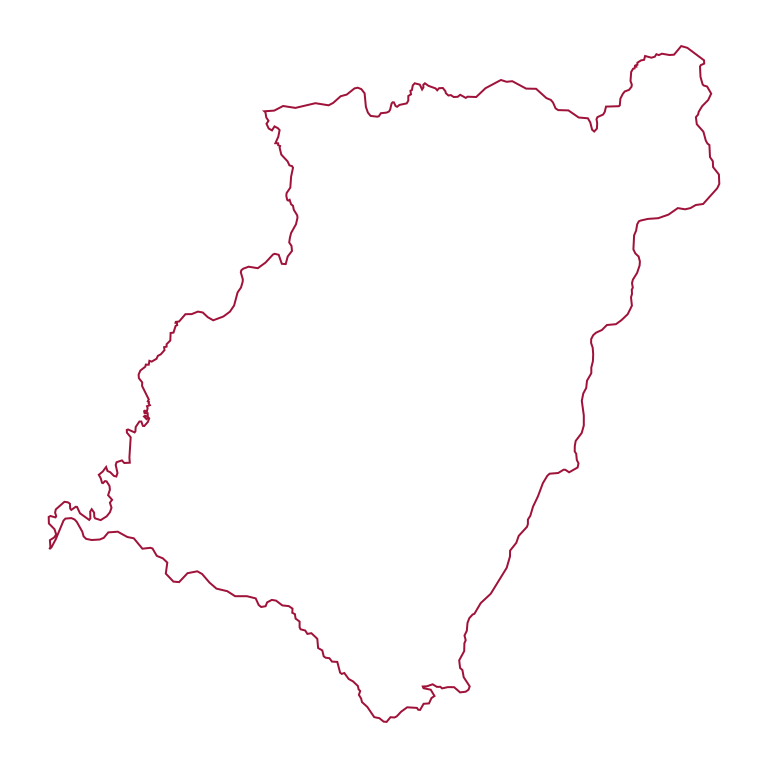 Nóvita, Chocó, Colombia
{"feature_id": "7082276B8825594364674", "entity_name": "Nóvita", "entity_type": "district", "adm_level": 2, "iso_a3": "COL", "parent_name": "Colombia", "parent_adm1": "Chocó", "projection": "natural_earth1", "projection_center": [-76.662, 4.842], "detail": "fine", "context": "isolated", "style": "outline", "palette": "rose", "viewbox_px": 768, "rotation_deg": 0, "n_neighbors": 0, "source": "geoboundaries", "source_scale": "gbopen_adm2", "svg_char_len": 6010}
<svg xmlns="http://www.w3.org/2000/svg" viewBox="0 0 768 768"><path d="M577.6,467.5L578.5,463.4L576.8,459.9L576.2,453.8L574.7,451.4L574.8,445.9L575.7,440.9L581.7,433.0L583.8,425.5L583.8,415.4L581.8,400.8L583.3,393.4L586.2,388.0L587.0,380.7L591.3,373.2L591.3,367.6L592.9,361.2L593.2,354.3L592.7,347.7L591.1,343.0L591.2,339.0L593.2,335.2L596.0,332.7L601.9,330.0L606.9,325.0L615.9,324.2L621.4,320.2L627.7,314.2L631.9,305.7L631.0,297.4L632.0,293.9L631.8,289.6L632.8,287.7L632.0,283.1L632.9,279.6L637.1,272.9L639.6,265.5L639.9,261.5L638.6,256.5L635.4,253.5L633.4,249.4L634.1,235.4L636.1,230.6L637.2,224.3L638.8,221.4L640.5,220.6L647.9,218.9L658.2,218.2L668.5,214.6L677.8,208.1L685.1,209.3L690.4,208.1L695.8,205.0L703.1,204.0L717.2,188.3L719.3,183.9L718.9,174.5L713.1,167.1L712.8,161.2L710.0,157.1L709.4,145.0L707.5,143.6L705.8,140.6L703.4,131.7L696.8,124.2L695.9,117.2L698.1,114.5L698.7,111.8L702.2,106.1L708.2,100.0L711.2,93.6L707.1,86.5L703.7,85.5L702.6,84.3L700.5,76.9L700.0,66.6L700.8,65.1L704.2,63.6L704.0,60.3L687.3,47.8L681.2,46.1L674.0,54.7L669.4,55.0L661.9,53.7L658.8,55.1L656.4,54.2L654.8,56.7L651.4,57.7L645.1,56.0L644.1,59.8L641.0,60.4L637.4,62.7L637.4,64.8L636.2,65.1L636.3,66.5L635.0,66.0L634.6,68.4L633.1,68.7L631.2,71.9L630.5,81.0L631.8,84.6L631.5,86.8L629.0,89.9L624.7,91.5L622.8,93.9L620.4,98.6L619.8,105.3L618.9,106.2L606.0,106.6L604.8,111.7L603.2,114.5L597.5,117.1L596.5,119.2L597.2,123.3L596.9,128.6L594.2,131.5L592.1,129.7L590.3,122.5L587.9,118.3L578.7,117.5L568.4,110.4L558.2,110.1L555.6,108.4L553.0,102.5L550.8,99.9L546.4,98.1L536.1,88.8L526.1,88.6L512.3,81.2L506.6,81.8L500.9,80.0L485.5,88.2L476.2,97.0L467.5,96.7L465.8,97.9L460.2,94.8L457.7,96.8L453.7,97.0L450.8,95.1L448.4,95.5L445.8,93.1L445.4,91.2L442.8,88.0L439.1,88.2L437.2,90.3L435.6,88.4L428.6,85.9L424.9,83.3L423.3,84.8L423.4,87.5L422.1,89.5L419.8,84.6L414.7,83.3L412.8,85.4L411.9,90.0L410.4,90.8L411.0,94.3L408.3,96.0L408.3,100.6L406.7,103.4L399.5,104.9L397.1,106.8L395.6,106.0L393.9,102.4L392.6,102.3L391.6,103.5L390.1,109.7L389.0,111.5L386.6,112.6L380.9,113.2L378.9,116.2L377.4,116.7L370.6,115.9L367.9,112.6L365.9,106.9L364.6,93.3L361.3,89.1L357.7,87.7L354.5,88.4L346.7,94.6L340.7,96.2L333.2,102.9L328.6,105.3L315.4,103.2L295.4,107.9L283.1,106.0L274.2,110.6L264.4,111.3L265.4,112.2L266.3,117.5L268.5,120.8L266.5,123.8L268.7,128.5L272.0,130.4L274.5,126.4L277.9,128.2L279.6,130.1L278.3,136.7L275.4,143.2L278.1,143.3L278.2,145.2L280.1,146.0L279.6,147.6L281.3,154.6L287.6,161.4L289.4,165.3L292.1,166.2L293.0,167.7L291.1,176.7L290.3,187.6L286.6,193.1L286.3,195.9L287.2,199.8L288.2,200.6L289.6,199.8L291.1,204.3L293.0,205.8L293.8,209.8L297.2,215.3L297.5,217.7L296.0,224.2L291.1,233.0L289.9,237.8L289.2,242.5L291.5,245.9L292.0,250.9L287.7,256.5L285.7,264.1L281.8,263.8L278.7,254.8L274.7,253.8L273.0,254.5L265.5,262.6L257.8,268.2L248.6,266.7L243.2,268.7L241.3,270.3L240.8,272.3L242.8,279.2L242.7,281.6L241.0,287.5L237.6,292.4L234.1,305.5L229.9,311.7L223.4,316.5L213.2,320.3L207.8,317.2L202.8,312.5L197.9,311.6L191.7,314.1L185.4,314.2L179.1,321.5L175.8,321.9L175.5,322.8L176.9,323.1L177.2,325.1L175.6,325.9L173.5,332.6L170.6,333.0L170.3,340.5L166.6,344.2L166.6,346.6L164.1,347.2L164.5,350.1L160.7,354.4L157.9,355.8L156.5,358.8L151.7,361.6L149.4,360.8L148.7,364.7L145.8,364.6L145.3,366.7L140.4,370.5L138.6,374.6L138.9,378.2L142.2,382.4L142.1,386.0L148.8,399.5L147.8,401.3L149.0,402.0L148.6,403.2L149.9,405.2L147.0,406.2L147.6,408.2L146.8,411.9L144.9,410.7L144.1,411.2L144.6,413.2L147.7,413.3L147.8,416.6L145.0,415.8L144.0,416.5L146.5,419.1L148.3,417.4L149.2,418.3L147.9,421.9L144.3,426.0L142.9,425.9L141.3,421.5L139.4,421.5L135.7,427.0L135.4,431.3L134.6,432.4L128.1,429.5L126.8,429.9L126.9,432.6L130.7,437.3L129.4,457.5L129.8,462.7L124.3,463.0L121.9,460.4L116.6,462.2L115.7,465.0L117.5,473.0L116.3,476.5L113.9,475.9L110.2,472.2L107.5,471.0L106.1,467.0L102.7,471.6L98.8,474.8L100.8,478.4L102.0,482.8L103.0,483.1L105.0,481.1L106.6,481.4L109.5,486.0L109.9,489.7L108.1,495.2L112.1,499.8L109.9,502.7L111.5,507.7L109.9,512.3L106.7,516.3L100.7,520.1L95.2,518.4L94.3,516.9L94.1,512.6L91.7,509.2L90.2,511.6L90.4,518.3L89.2,519.9L80.0,513.3L77.0,506.9L75.7,506.8L71.3,509.9L70.2,508.6L69.9,503.7L67.8,502.3L64.4,501.8L55.8,509.4L55.1,512.6L56.2,516.2L55.5,517.4L50.4,516.0L48.7,517.0L48.9,523.5L54.5,529.2L56.2,534.5L54.1,537.5L49.9,540.2L50.4,547.0L49.4,549.1L51.4,547.4L55.8,539.2L63.5,520.6L65.4,518.6L71.4,518.1L74.6,519.5L76.8,521.9L82.3,531.7L83.6,536.4L86.2,538.9L91.8,540.0L99.8,539.5L103.8,537.8L108.3,532.4L117.8,531.7L127.3,537.0L133.8,538.3L142.4,548.7L150.4,547.8L152.5,548.5L156.8,555.9L162.8,558.3L167.3,562.6L165.8,573.6L173.4,581.6L179.1,582.1L187.5,573.2L197.3,571.3L202.1,574.0L209.5,582.6L216.4,588.6L227.3,591.2L235.1,596.2L247.0,596.2L255.7,598.4L258.7,605.0L261.2,607.0L265.6,606.2L267.1,602.4L271.8,599.9L276.0,600.6L282.3,605.4L288.8,606.1L292.5,608.6L292.3,612.8L294.9,614.1L295.6,618.6L299.6,621.6L299.6,627.4L300.6,629.3L305.2,630.5L307.4,633.9L311.4,633.2L317.3,638.8L318.1,648.0L322.3,650.4L323.7,656.3L325.6,657.7L329.4,658.2L332.0,661.6L337.3,661.9L340.1,672.6L341.7,673.9L344.3,673.0L348.7,679.0L352.9,681.3L357.9,686.0L358.6,689.3L360.2,691.0L358.9,694.9L361.1,698.5L362.0,702.1L367.3,706.9L374.2,717.1L379.4,718.2L383.6,721.6L386.6,721.9L390.5,717.2L394.4,717.5L396.7,716.4L401.1,711.7L407.2,707.3L416.9,707.9L418.3,709.8L420.1,709.9L423.6,703.8L429.0,703.4L431.5,698.0L434.5,696.0L430.7,689.7L423.5,688.2L422.8,686.5L426.9,686.3L432.6,684.3L437.0,686.9L440.3,686.8L442.1,688.4L447.9,687.1L454.1,687.2L460.1,692.4L465.7,691.7L468.5,689.7L469.7,686.4L463.7,677.2L462.4,670.0L460.1,668.0L459.2,660.3L464.2,651.1L464.4,643.2L465.7,640.2L464.5,635.5L466.8,630.8L467.5,622.9L469.3,618.2L472.6,614.5L474.4,613.8L480.7,603.1L490.7,593.8L506.7,567.8L510.0,556.4L510.1,550.6L516.3,542.8L518.7,535.9L527.0,526.8L527.9,524.1L527.9,519.5L530.3,515.8L533.0,506.7L538.0,496.2L542.9,483.1L547.3,475.8L549.6,473.7L558.2,473.0L563.6,469.7L565.4,469.8L569.1,472.3L577.6,467.5Z" fill="none" stroke="#9f1239" stroke-width="2"/></svg>